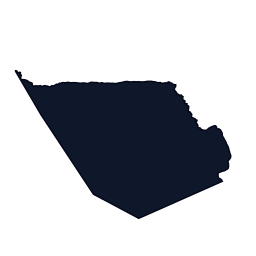 Saravena, Arauca, Colombia (Equal Earth projection), rotated 72°
{"feature_id": "7082276B82092326116351", "entity_name": "Saravena", "entity_type": "district", "adm_level": 2, "iso_a3": "COL", "parent_name": "Colombia", "parent_adm1": "Arauca", "projection": "equal_earth", "projection_center": [-71.958, 6.906], "detail": "fine", "context": "isolated", "style": "filled", "palette": "ink", "viewbox_px": 256, "rotation_deg": 72, "n_neighbors": 0, "source": "geoboundaries", "source_scale": "gbopen_adm2", "svg_char_len": 5554}
<svg xmlns="http://www.w3.org/2000/svg" viewBox="0 0 256 256"><g transform="rotate(72 128 128)"><path d="M38.8,217.3L39.4,217.4L88.6,206.6L180.3,181.3L217.2,145.7L207.8,54.8L207.5,54.9L205.9,55.1L205.4,55.5L205.0,56.0L204.4,56.4L203.9,57.0L203.3,57.3L202.8,57.4L202.0,57.3L201.1,57.1L198.8,56.3L198.5,55.8L198.4,55.3L198.3,54.5L198.4,53.4L198.3,51.9L198.4,49.8L198.3,48.6L198.0,47.4L197.8,46.5L197.5,45.5L197.1,45.1L196.3,44.6L195.3,44.2L193.3,43.6L192.4,43.5L190.8,43.3L190.5,43.2L190.2,43.0L189.5,41.9L189.1,41.2L188.6,40.5L188.4,40.3L188.0,39.7L187.0,39.2L186.3,38.9L185.7,38.8L183.2,38.9L182.0,38.8L181.5,38.8L180.0,38.8L178.4,38.6L177.1,38.6L175.1,38.9L174.1,39.2L173.3,39.3L172.6,39.2L171.0,39.3L168.6,39.9L167.4,40.0L166.3,40.3L165.5,40.5L164.6,40.6L163.6,40.6L162.4,40.1L161.1,40.1L159.7,40.4L158.4,40.7L157.3,41.5L156.7,42.3L156.7,43.0L156.5,43.5L155.9,43.7L154.7,43.5L154.0,43.6L153.1,44.0L152.7,44.5L152.5,46.3L152.7,47.1L152.7,48.1L152.8,49.2L153.2,51.3L153.4,51.8L153.8,52.5L154.1,53.2L154.3,54.1L154.3,54.8L153.6,56.5L153.4,56.9L153.0,57.4L152.5,58.1L152.3,58.7L152.0,58.9L151.6,59.0L151.4,59.0L151.0,59.0L150.7,59.2L150.2,59.5L149.9,60.1L149.6,60.7L148.9,61.2L148.1,61.2L147.2,60.8L146.6,60.9L145.8,60.9L145.2,61.3L144.6,61.3L144.3,61.5L143.8,61.6L143.2,61.3L143.1,61.1L142.7,60.7L142.4,60.1L141.9,60.0L141.3,60.7L140.8,61.1L140.5,61.2L140.2,61.2L139.3,62.1L139.0,62.6L138.5,63.0L138.0,63.4L137.5,64.1L136.7,64.4L136.2,64.2L135.9,63.8L135.3,63.3L134.6,63.2L133.9,63.3L133.1,63.9L132.3,63.9L131.8,64.1L131.6,64.6L131.6,65.2L131.1,65.5L130.5,65.3L129.9,65.1L129.5,65.1L129.1,65.0L128.8,64.8L128.1,64.3L127.7,64.2L127.3,64.0L126.4,63.6L126.0,63.7L125.4,63.9L124.9,64.8L124.2,64.9L123.9,64.9L123.5,64.7L123.3,64.4L123.0,64.6L122.6,65.2L122.4,65.8L122.3,66.2L122.0,66.6L121.8,66.6L121.5,66.5L121.2,66.4L120.9,66.1L120.6,65.9L120.3,65.6L120.0,65.5L119.6,65.6L119.3,65.9L119.1,66.4L118.7,66.7L118.0,66.9L117.7,66.9L117.3,67.0L116.3,66.8L115.9,66.5L115.5,66.0L115.0,66.1L114.6,66.6L114.0,66.9L113.3,67.1L113.0,67.4L113.1,68.0L112.9,68.6L112.6,69.0L112.0,69.4L111.3,70.0L110.9,70.5L110.4,70.9L109.3,70.9L109.0,71.0L108.6,71.3L107.7,71.5L107.3,71.7L107.0,71.9L106.2,72.1L105.8,72.1L104.8,71.6L104.6,71.4L104.1,71.1L103.6,70.4L103.4,69.9L102.6,69.6L102.1,69.6L101.6,69.3L101.4,69.8L101.3,70.2L101.2,70.6L100.9,70.8L100.7,71.0L100.6,71.3L100.4,71.6L100.2,71.9L99.9,72.1L99.3,72.3L98.8,72.6L98.6,73.0L98.1,73.8L97.9,74.0L97.2,74.4L96.9,74.7L96.7,75.3L96.7,75.5L96.8,75.9L97.0,76.2L97.2,76.6L97.1,77.2L97.0,77.7L96.6,78.2L96.6,78.5L96.6,79.0L96.5,79.4L96.3,80.5L96.2,81.4L95.8,82.1L95.5,82.4L95.1,82.9L94.8,83.2L94.6,83.6L94.6,84.2L94.6,84.8L94.2,85.4L93.7,86.2L93.2,87.1L92.4,88.1L92.0,89.2L90.8,91.4L90.5,92.5L90.1,93.5L89.8,94.7L89.6,95.1L89.3,97.3L89.0,98.7L88.7,99.9L88.4,100.8L87.4,103.3L87.2,103.9L87.0,104.3L86.9,104.6L86.9,105.4L86.8,105.6L86.7,105.8L86.3,106.5L86.3,106.8L86.2,107.2L86.0,107.4L85.9,107.7L85.8,108.0L85.7,108.7L85.6,108.9L85.5,109.0L85.4,109.2L85.4,109.5L85.5,109.8L85.5,110.1L85.4,110.3L85.0,111.1L84.8,111.8L84.6,112.2L84.4,112.5L84.3,113.2L84.2,113.3L83.7,113.8L83.6,114.1L83.5,114.6L83.3,115.0L83.2,115.5L83.1,115.9L83.0,116.4L82.8,118.3L82.8,119.8L82.6,120.9L82.5,121.3L82.4,121.7L82.3,122.7L82.2,124.7L82.0,125.4L81.8,126.5L81.6,127.0L81.3,127.5L80.6,129.1L80.4,130.0L79.9,131.3L79.6,132.2L79.1,133.4L78.7,134.8L78.4,136.4L78.3,136.7L77.9,137.2L77.8,137.5L77.2,138.3L77.0,138.7L76.8,139.6L76.7,140.0L76.6,141.3L76.4,141.9L75.6,142.7L75.2,143.4L75.1,143.8L74.7,144.7L74.7,145.1L74.6,145.5L74.4,146.1L74.3,146.3L74.0,146.7L73.8,147.1L73.4,148.4L73.2,148.8L73.1,149.2L73.1,149.6L73.2,150.5L73.3,151.4L73.2,152.1L72.9,153.4L72.3,154.5L71.8,155.4L71.6,156.0L71.4,156.5L71.2,157.1L71.0,158.5L70.7,159.4L69.9,161.3L69.0,163.1L68.5,164.5L68.2,165.2L67.9,166.1L67.8,166.7L67.6,167.4L67.4,168.2L67.2,168.7L66.8,169.5L66.0,170.8L65.9,172.1L65.6,173.0L65.6,173.6L65.5,174.1L65.4,174.3L64.8,175.6L64.7,176.0L64.6,176.9L64.5,177.1L64.5,177.4L64.8,178.0L64.8,178.3L64.7,178.6L64.4,178.9L64.3,179.1L64.3,179.6L64.4,179.9L64.5,180.2L64.8,181.0L64.9,181.4L64.7,181.7L64.4,182.2L64.3,182.3L64.2,182.6L64.3,182.9L64.8,183.7L64.8,183.8L64.8,184.1L64.7,184.5L64.7,184.9L64.9,185.4L65.0,186.0L65.0,186.3L64.6,186.7L64.4,187.0L64.3,187.4L64.4,187.9L64.5,188.3L64.7,189.0L64.7,189.3L64.7,189.7L64.6,189.9L64.5,190.3L64.4,190.5L64.1,190.9L64.0,191.0L63.5,191.2L63.3,191.4L63.2,191.7L63.2,191.8L63.2,192.4L63.2,192.6L63.0,192.8L62.7,192.9L62.6,193.0L62.3,193.4L62.1,193.8L61.9,194.5L61.9,195.0L61.8,195.7L62.0,196.1L62.0,196.3L61.9,196.6L61.8,197.1L61.6,197.5L61.4,197.8L60.8,198.0L60.6,198.2L60.6,198.5L60.5,199.3L60.4,200.0L60.5,200.2L60.7,200.4L60.7,200.6L60.6,201.1L60.5,201.3L60.1,201.3L59.8,201.4L59.7,201.7L59.6,202.1L59.3,203.0L59.2,203.3L59.3,203.7L59.4,203.9L59.4,204.2L59.4,204.7L59.3,204.8L59.2,205.1L58.1,205.3L57.5,205.7L57.4,205.8L56.9,205.8L56.4,205.5L56.2,205.4L55.9,205.4L55.7,205.4L55.5,205.6L54.6,206.6L54.3,207.1L54.1,207.5L53.7,207.9L53.2,208.4L53.0,208.5L52.7,208.6L52.1,208.9L51.7,209.4L51.6,209.6L50.6,210.7L50.3,211.2L49.9,212.2L49.8,212.3L49.7,212.6L49.3,213.7L48.9,214.4L48.6,214.7L48.4,214.9L47.7,214.9L47.4,214.7L46.8,214.5L46.6,214.3L45.9,214.0L45.7,213.9L45.4,213.5L45.3,213.4L45.0,213.2L44.8,213.2L44.7,213.3L44.5,213.6L44.4,213.7L43.6,213.6L42.7,213.6L42.4,213.4L42.2,213.3L42.0,213.2L41.9,213.3L41.7,213.5L41.6,213.9L41.5,214.4L41.5,215.3L41.4,215.5L41.2,215.8L40.8,215.9L40.6,215.9L40.0,216.0L39.5,216.2L39.3,216.3L38.9,216.7L38.8,216.9L38.8,217.3Z" fill="#0f172a" stroke="#020617" stroke-width="1.5"/></g></svg>